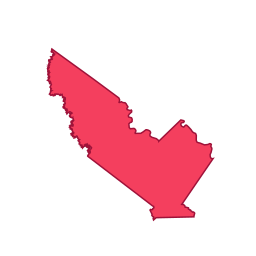 the district of Puerto Asís, Putumayo, Colombia, rotated 226°
{"feature_id": "7082276B42533804398270", "entity_name": "Puerto Asís", "entity_type": "district", "adm_level": 2, "iso_a3": "COL", "parent_name": "Colombia", "parent_adm1": "Putumayo", "projection": "albers", "projection_center": [-76.112, 0.44], "detail": "fine", "context": "isolated", "style": "filled", "palette": "rose", "viewbox_px": 256, "rotation_deg": 226, "n_neighbors": 0, "source": "geoboundaries", "source_scale": "gbopen_adm2", "svg_char_len": 5803}
<svg xmlns="http://www.w3.org/2000/svg" viewBox="0 0 256 256"><g transform="rotate(226 128 128)"><path d="M44.1,82.5L43.9,86.0L18.3,113.7L18.8,114.2L20.4,116.8L21.0,116.9L22.0,116.8L22.8,115.9L23.7,116.0L24.8,115.7L25.6,116.0L26.0,115.5L26.8,115.6L27.6,115.1L28.6,116.0L30.6,114.8L31.3,114.1L32.8,114.9L34.5,114.7L35.7,113.6L46.9,168.0L47.4,167.2L48.4,166.8L49.5,166.9L50.4,167.4L51.8,168.5L52.8,170.9L54.6,173.7L55.3,174.3L57.2,174.8L58.4,176.6L59.4,176.4L60.0,175.9L60.6,174.1L62.7,171.3L67.0,169.4L68.9,168.2L70.1,167.8L71.8,168.6L75.2,172.0L77.1,172.8L78.9,172.0L80.5,171.7L83.1,172.2L86.9,172.3L89.3,172.1L89.8,171.8L90.1,171.0L89.9,168.9L90.0,168.6L92.2,167.8L93.8,168.4L94.6,169.5L94.5,170.2L93.4,171.8L93.6,172.9L94.0,173.2L94.7,173.1L97.1,171.6L97.1,141.0L97.4,141.3L98.1,141.3L100.6,141.0L104.8,138.7L106.9,138.3L107.9,139.0L108.5,139.9L108.7,140.7L109.3,141.3L110.7,141.6L112.3,141.1L113.7,140.3L114.3,139.6L114.7,136.3L115.3,133.5L119.1,129.5L119.6,129.8L120.4,131.7L121.5,132.2L122.5,132.3L123.6,132.0L125.9,129.1L127.5,129.2L130.4,131.5L130.4,133.5L129.8,134.5L129.9,135.5L131.2,136.9L132.1,137.4L132.9,137.6L135.5,136.1L136.6,136.8L137.1,138.5L137.0,141.7L137.9,142.7L138.7,142.8L139.0,141.7L141.8,140.2L142.7,140.6L143.0,141.2L142.9,141.9L143.5,142.8L145.0,143.0L146.7,143.5L148.4,143.4L148.7,142.9L150.1,141.9L151.5,141.5L152.1,139.8L152.6,139.4L154.0,141.5L156.0,142.3L187.7,137.0L237.7,128.1L237.2,127.3L236.6,127.4L236.3,127.1L236.1,126.5L236.4,126.0L236.2,125.8L235.8,125.7L234.7,126.6L233.9,126.8L233.0,126.5L233.1,125.9L232.6,126.2L232.9,125.6L232.7,125.3L232.1,125.4L232.2,125.1L232.7,125.0L232.5,124.8L231.9,124.7L232.0,124.4L232.5,124.3L231.8,123.2L232.9,121.9L232.5,121.8L231.7,122.2L230.7,121.2L230.2,121.4L230.1,121.0L230.3,120.7L231.2,120.6L231.2,120.3L230.8,119.8L230.9,118.8L231.3,118.5L231.9,118.7L232.0,118.3L231.4,117.6L230.5,118.1L229.4,117.7L230.0,116.9L229.7,116.7L229.2,117.0L229.3,115.8L228.7,115.0L227.9,115.4L227.8,115.1L228.3,114.4L227.6,114.6L227.5,114.3L227.7,113.8L226.7,113.4L227.5,112.6L227.2,112.5L226.7,112.7L226.3,112.4L226.8,112.1L226.7,111.3L226.4,111.2L226.1,111.7L225.5,110.6L225.0,110.4L224.1,109.3L223.9,109.4L224.1,110.2L223.9,110.8L223.2,110.3L222.7,110.3L223.0,109.8L222.3,109.4L222.0,108.9L222.6,109.0L222.8,108.4L222.2,107.6L221.9,107.9L221.4,107.3L220.4,107.4L220.0,106.2L219.5,106.9L219.3,106.2L218.8,106.3L218.9,105.7L218.3,105.5L218.7,104.9L218.0,104.2L218.2,103.3L216.4,103.8L215.6,104.4L215.4,104.1L215.9,104.1L215.9,103.3L215.2,103.2L214.4,102.5L213.5,103.1L213.7,103.5L214.4,103.5L214.3,103.9L213.1,103.2L212.5,103.1L211.6,100.3L209.8,100.2L209.9,99.7L209.2,99.1L208.3,99.1L208.6,98.3L208.5,98.1L207.9,98.7L208.0,98.1L207.5,97.1L207.0,95.1L206.8,95.2L207.1,95.7L206.9,95.9L206.2,95.1L205.2,95.2L205.2,95.7L204.6,95.9L204.4,96.9L203.1,96.6L203.0,97.0L202.6,97.3L202.6,98.0L202.6,98.3L203.2,98.3L203.2,99.0L202.9,99.1L203.0,98.7L202.2,98.6L202.4,99.8L201.9,100.4L201.4,100.5L201.1,101.1L200.3,101.6L198.7,101.7L198.7,102.0L199.2,102.3L199.0,103.1L198.6,103.2L198.2,102.8L197.8,103.9L196.6,102.9L195.5,102.8L195.3,102.2L194.9,102.6L194.0,102.7L194.2,103.1L194.9,103.0L194.9,103.3L193.2,103.8L192.5,103.1L193.3,103.1L193.3,101.9L193.0,101.9L192.8,102.4L192.3,102.2L192.9,101.6L192.7,100.8L192.1,100.1L191.7,100.4L190.8,100.4L190.9,100.9L189.2,99.8L189.5,99.1L189.6,98.1L189.1,97.9L189.4,98.2L189.0,98.7L188.5,98.4L188.5,97.3L187.5,96.9L187.6,96.6L188.3,96.1L187.8,95.6L187.3,96.1L187.3,96.8L186.8,96.8L186.5,95.8L185.7,96.3L184.9,95.7L183.8,95.4L183.7,96.3L184.2,96.8L184.2,97.2L183.9,97.2L183.3,96.6L183.2,95.8L182.5,96.1L182.5,95.5L182.1,94.9L182.1,94.3L181.4,94.3L180.6,93.9L180.7,95.9L180.2,97.4L179.1,97.9L178.3,97.6L178.0,98.1L177.6,98.1L177.8,96.8L178.9,96.2L177.6,95.7L177.5,94.4L176.9,94.1L176.3,94.7L175.7,94.1L175.4,94.4L174.8,94.4L174.1,95.5L173.9,95.0L173.0,95.2L171.2,94.2L171.3,93.9L171.8,94.2L172.0,94.1L172.0,93.7L171.4,93.4L171.7,93.2L171.8,92.4L172.3,92.2L172.3,91.6L172.0,91.5L171.9,91.9L171.1,92.0L171.1,91.8L171.5,91.6L170.9,90.9L171.1,90.6L170.0,90.4L170.6,90.9L170.3,91.2L169.6,90.8L168.9,90.9L168.3,90.7L167.7,89.7L167.9,89.5L168.3,90.0L168.5,89.7L168.8,89.8L169.2,89.6L169.7,89.0L169.4,88.9L169.1,88.3L169.6,88.6L170.1,88.2L170.1,87.6L169.6,87.7L169.1,87.2L169.2,86.5L168.7,86.6L167.5,85.9L167.4,86.3L167.6,86.5L166.1,87.1L165.8,86.8L166.7,86.6L166.3,86.2L165.6,86.2L165.3,86.6L164.2,85.8L163.5,85.6L162.5,85.8L162.1,85.5L162.0,85.2L162.5,85.2L162.1,84.9L162.4,84.7L162.5,83.8L162.8,84.3L163.2,84.4L163.7,82.3L163.3,83.2L162.3,82.4L162.1,82.7L162.6,82.7L162.6,83.0L161.8,83.4L160.6,83.2L160.4,82.9L161.3,82.7L160.3,82.2L158.8,83.7L158.7,83.4L159.0,82.8L158.6,82.8L158.3,82.3L157.8,83.1L158.0,83.7L157.1,85.1L157.6,85.6L157.3,85.7L156.5,85.1L155.6,85.1L155.2,84.6L154.4,84.8L154.1,84.6L153.3,85.0L153.3,84.8L153.7,84.6L153.3,83.8L153.4,83.3L151.6,83.4L151.2,82.7L150.9,82.9L150.4,81.8L149.5,82.2L149.0,82.2L148.6,81.7L147.9,82.8L147.6,82.4L147.1,82.5L147.4,81.7L147.3,81.1L147.2,81.6L146.8,81.4L146.8,81.8L146.3,82.0L146.2,81.5L145.8,82.0L145.2,81.5L145.3,83.6L144.7,84.7L146.0,84.9L145.9,85.9L145.7,86.1L145.5,85.9L145.3,86.2L143.1,85.0L142.5,85.2L145.0,86.9L145.0,87.6L144.4,87.5L143.4,86.7L141.6,86.2L141.4,86.5L142.9,87.6L142.3,87.9L142.2,88.3L141.8,88.2L141.2,87.2L140.8,87.0L140.6,87.0L140.4,88.1L139.3,88.2L138.8,87.5L138.7,86.6L139.5,86.1L140.7,85.9L140.0,85.0L140.0,83.2L139.7,83.1L139.3,83.8L138.8,83.8L138.5,83.6L138.4,82.6L137.8,82.5L138.5,84.3L138.2,84.9L137.6,84.8L137.4,84.5L138.0,84.7L137.9,84.3L136.5,83.7L136.5,81.8L136.1,80.6L136.3,80.1L135.8,79.9L135.6,79.4L54.6,91.6L53.8,92.0L52.6,91.2L52.8,89.8L52.3,89.1L52.7,88.3L53.7,87.8L53.8,87.3L53.6,86.8L49.3,85.4L48.5,84.4L46.9,84.3L46.4,84.7L46.0,84.6L45.7,84.4L45.5,83.3L44.1,82.5Z" fill="#f43f5e" stroke="#9f1239" stroke-width="1.5"/></g></svg>